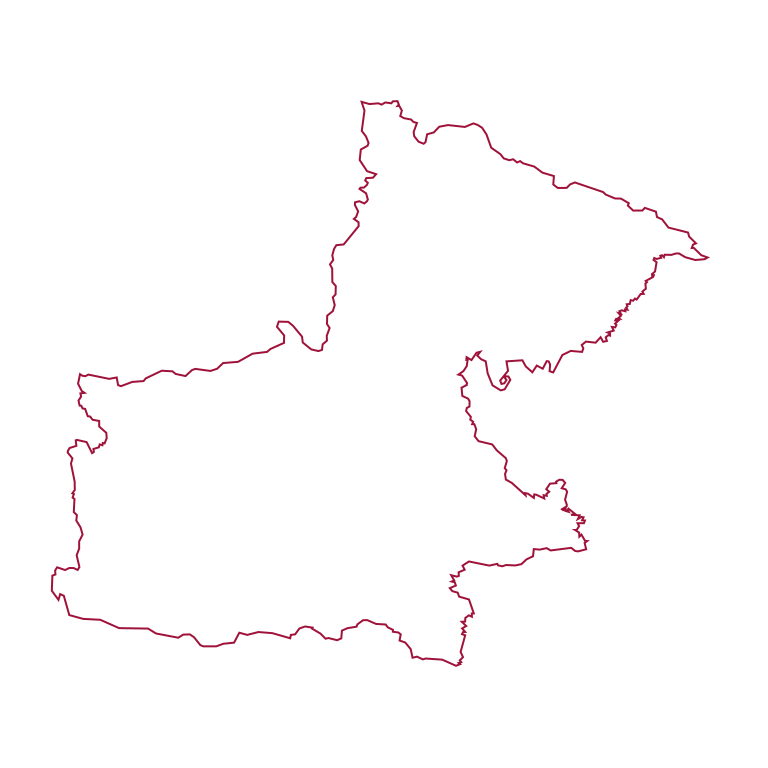 outline of Kanbalu, Sagaing, Myanmar, rotated 97°
{"feature_id": "60261553B80816237630627", "entity_name": "Kanbalu", "entity_type": "district", "adm_level": 2, "iso_a3": "MMR", "parent_name": "Myanmar", "parent_adm1": "Sagaing", "projection": "natural_earth1", "projection_center": [95.451, 23.357], "detail": "fine", "context": "isolated", "style": "outline", "palette": "rose", "viewbox_px": 768, "rotation_deg": 97, "n_neighbors": 0, "source": "geoboundaries", "source_scale": "gbopen_adm2", "svg_char_len": 6156}
<svg xmlns="http://www.w3.org/2000/svg" viewBox="0 0 768 768"><g transform="rotate(97 384 384)"><path d="M650.5,292.6L654.9,278.2L652.8,274.3L651.8,275.9L650.7,273.5L649.1,275.1L645.5,272.3L640.6,275.3L623.5,272.8L622.8,276.1L620.6,275.3L620.2,273.2L617.1,276.7L614.2,272.9L610.5,277.8L609.9,274.5L606.3,274.8L603.3,271.6L604.3,268.4L601.1,268.9L600.8,266.9L587.5,273.4L585.9,283.5L582.1,285.4L581.3,290.9L578.6,293.8L575.3,288.1L572.2,289.6L571.8,292.7L570.4,290.4L565.6,294.0L566.3,288.1L565.3,286.3L561.8,287.0L558.5,281.3L554.7,283.9L549.8,278.0L551.4,257.4L548.7,249.6L550.1,248.7L550.5,244.4L548.8,240.8L548.1,231.6L546.1,225.7L540.7,221.2L536.8,215.1L529.6,215.2L529.4,209.3L527.1,202.5L528.9,198.3L523.8,178.2L526.4,174.0L526.5,171.0L523.4,163.2L517.3,165.5L515.1,163.2L515.2,165.3L509.4,169.7L511.7,171.5L507.7,172.2L505.6,176.6L505.4,175.0L501.3,173.0L498.6,174.9L497.8,168.6L495.0,167.9L495.1,170.8L492.0,169.7L491.8,171.7L494.4,175.1L490.5,173.8L491.1,182.4L489.6,178.7L485.2,185.7L486.6,186.5L488.4,185.1L487.8,188.6L486.0,188.6L487.4,190.8L486.6,192.1L483.2,187.8L481.6,187.8L476.7,190.2L468.6,189.1L466.4,190.8L465.8,194.9L460.1,192.1L457.4,195.0L457.7,198.4L460.0,201.3L461.4,200.8L462.7,207.1L468.6,210.1L470.8,206.9L473.2,209.3L475.1,208.8L474.9,212.0L478.1,211.0L475.3,219.5L475.3,221.4L478.8,221.4L475.3,227.8L475.1,230.7L477.2,230.0L466.6,245.1L464.0,251.4L458.5,252.9L454.7,251.9L452.8,253.9L445.5,252.7L442.8,254.0L436.1,264.0L430.8,269.2L429.2,283.2L424.8,287.6L417.6,287.0L412.9,289.4L413.1,291.6L410.6,290.9L408.9,294.0L406.0,293.8L400.9,299.2L397.7,298.9L395.9,296.4L390.6,297.0L388.3,298.7L386.3,304.8L378.2,306.6L374.4,301.0L374.7,302.1L373.0,301.6L366.1,307.5L365.6,311.3L361.6,306.8L356.3,304.1L349.9,303.9L350.1,305.2L347.3,305.3L349.6,300.1L341.7,296.0L340.3,292.4L344.4,294.9L347.6,290.6L349.1,285.8L360.8,282.4L372.1,276.1L376.1,267.4L374.6,263.6L364.5,259.1L361.4,261.4L361.5,264.0L363.2,264.9L365.0,262.9L368.6,264.6L369.6,267.4L366.4,269.1L355.8,262.5L346.6,265.2L343.6,249.5L349.2,245.5L354.3,238.2L347.1,234.6L349.5,228.3L341.5,225.3L341.5,223.3L344.4,221.5L351.1,221.2L351.9,217.5L333.5,210.5L328.4,202.7L328.0,191.3L324.3,190.5L321.2,192.5L317.3,188.7L317.2,179.0L311.2,174.7L315.4,171.6L314.1,168.0L310.6,169.6L308.1,167.2L308.4,165.5L306.3,165.9L305.6,168.3L303.0,162.5L299.6,164.7L299.6,161.4L297.1,160.5L295.9,162.0L292.7,159.2L292.7,162.2L291.1,161.6L290.6,157.9L289.8,159.3L287.5,157.2L285.1,159.8L285.4,157.4L283.1,159.2L281.9,157.0L282.4,153.3L280.6,153.8L280.6,151.4L278.6,153.0L277.4,151.8L275.3,152.8L274.6,149.8L270.7,149.4L271.0,146.9L268.6,145.3L269.4,143.5L263.4,140.2L262.9,137.3L260.8,138.8L257.5,135.7L252.4,136.8L250.9,135.4L249.8,136.8L244.9,129.9L243.2,129.5L243.6,131.1L242.3,131.4L239.3,128.7L229.9,128.3L228.0,131.6L226.0,131.1L226.7,128.8L225.0,124.3L223.1,125.4L222.3,123.8L224.0,121.6L221.5,121.2L220.8,114.5L218.9,110.2L218.5,107.0L221.4,100.6L223.0,90.2L221.1,81.1L219.0,78.2L217.5,84.8L211.1,93.2L211.5,95.1L208.0,94.3L206.4,91.5L200.5,99.1L196.6,100.7L194.1,120.7L186.7,128.0L185.0,133.4L179.8,135.1L177.4,146.6L180.3,148.7L181.5,157.8L177.2,163.7L174.7,163.1L171.1,171.4L171.7,177.3L169.0,186.9L166.8,189.9L160.7,219.1L163.2,223.6L167.1,226.6L168.2,235.5L165.3,240.3L156.9,240.7L154.9,252.6L149.9,261.3L148.0,272.9L146.2,276.1L147.9,278.9L145.2,283.2L146.6,286.9L145.5,292.6L141.7,296.5L136.4,306.4L123.8,312.7L117.7,317.9L115.4,322.7L114.5,327.1L119.0,335.0L119.2,352.0L121.9,360.5L128.2,365.2L130.9,371.6L138.9,372.3L140.7,373.9L139.3,379.2L134.4,384.2L130.3,385.3L120.9,383.1L120.3,386.8L118.2,389.3L117.7,396.7L116.1,400.5L110.4,399.6L106.0,402.8L106.4,404.4L104.7,403.4L101.6,405.1L102.4,409.7L104.5,410.9L104.4,417.0L107.0,420.5L106.1,423.8L107.9,432.5L106.7,440.6L115.0,436.7L135.5,436.9L140.4,432.1L146.6,428.7L149.5,429.3L154.1,435.6L164.7,435.4L174.8,426.8L176.7,417.4L180.6,420.1L181.8,426.7L184.3,427.5L186.2,424.6L188.3,425.1L191.5,427.8L192.0,431.3L193.4,432.1L196.9,425.0L202.9,422.5L204.9,423.3L207.2,425.6L205.6,430.7L207.2,434.9L209.9,434.7L215.8,430.7L221.6,432.0L223.8,434.0L226.5,429.0L230.4,428.4L250.4,441.0L252.0,448.2L255.9,450.0L262.5,451.0L267.1,449.5L271.9,452.2L275.7,449.5L289.1,447.7L292.6,443.8L301.0,443.0L304.2,445.4L311.7,442.5L317.9,443.7L323.1,448.7L331.4,447.9L335.1,444.8L343.2,446.7L347.9,445.9L352.1,449.7L357.7,449.7L359.3,453.1L358.5,460.5L352.7,469.7L347.0,471.1L337.3,481.4L334.0,486.6L334.9,496.1L340.3,497.2L348.0,489.0L355.4,488.3L363.0,500.9L366.4,504.0L369.9,518.1L379.8,531.6L382.8,546.2L389.2,551.5L392.2,557.9L392.0,573.2L393.6,576.3L400.3,582.0L399.4,592.0L397.2,595.5L397.9,606.2L407.4,621.1L410.4,623.0L412.6,634.1L418.2,644.8L417.5,647.8L410.1,650.1L412.4,657.4L410.7,678.6L412.6,681.3L412.6,684.3L411.3,686.9L421.0,687.7L427.8,683.1L429.3,680.2L430.3,684.2L433.4,683.1L437.6,685.2L442.5,683.5L442.5,681.8L445.0,680.2L445.1,677.6L452.1,674.1L452.1,671.7L455.0,668.9L455.4,662.2L460.9,661.5L466.3,653.7L471.5,652.6L477.0,654.1L476.8,655.9L479.1,656.0L478.6,658.8L481.6,659.3L483.9,664.5L486.8,663.7L488.2,665.3L477.9,672.1L476.9,682.0L477.5,683.1L482.9,681.8L485.8,688.2L488.8,689.6L490.6,689.6L495.8,684.2L501.1,685.0L518.7,679.1L526.9,678.0L530.5,680.0L531.0,678.4L534.7,679.2L535.8,677.2L548.9,676.3L551.6,672.8L557.0,672.8L563.2,667.8L570.2,664.8L577.3,667.4L584.5,666.5L591.4,668.2L602.8,664.0L605.9,665.4L604.5,669.5L604.9,673.8L607.5,677.8L605.8,686.1L609.2,687.7L613.1,686.9L614.6,689.8L629.7,688.5L637.9,680.8L632.0,679.8L633.2,676.0L651.7,668.2L653.8,654.0L652.6,636.9L658.6,617.2L655.5,588.4L659.4,579.9L660.9,557.3L657.2,552.7L656.2,546.2L658.4,541.8L665.6,534.4L666.4,531.3L664.8,518.5L661.4,511.8L659.0,501.3L648.5,497.3L649.7,489.2L645.5,478.5L644.9,464.5L647.8,446.1L644.4,445.9L643.3,441.7L637.0,438.2L634.3,432.8L634.5,425.3L635.5,425.7L639.5,416.6L643.9,411.0L642.9,408.2L644.0,399.3L641.7,395.4L633.9,395.7L630.8,390.5L628.2,381.7L625.8,381.1L621.0,376.0L620.4,371.9L623.1,362.6L622.5,353.0L625.0,350.7L626.9,345.2L628.8,345.0L628.9,339.4L630.5,336.9L636.7,337.3L638.0,331.4L643.9,325.2L652.2,322.3L650.6,318.0L652.6,311.9L651.4,309.2L650.5,292.6Z" fill="none" stroke="#9f1239" stroke-width="2"/></g></svg>